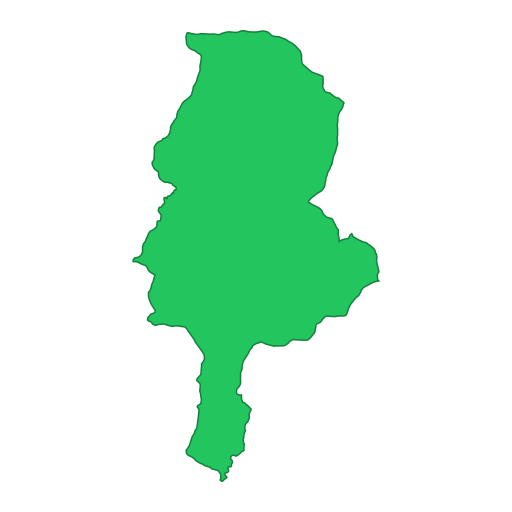 Matanza, Santander, Colombia (orthographic projection)
{"feature_id": "7082276B77365397936379", "entity_name": "Matanza", "entity_type": "district", "adm_level": 2, "iso_a3": "COL", "parent_name": "Colombia", "parent_adm1": "Santander", "projection": "orthographic", "projection_center": [-73.058, 7.329], "detail": "fine", "context": "isolated", "style": "filled", "palette": "green", "viewbox_px": 512, "rotation_deg": 0, "n_neighbors": 0, "source": "geoboundaries", "source_scale": "gbopen_adm2", "svg_char_len": 6051}
<svg xmlns="http://www.w3.org/2000/svg" viewBox="0 0 512 512"><path d="M378.7,280.9L377.9,280.3L377.3,276.7L377.4,274.6L377.8,273.5L378.6,272.6L378.9,271.5L376.6,261.5L376.8,256.0L376.3,254.1L375.3,252.3L374.9,250.2L373.7,248.5L370.6,245.8L367.9,244.1L366.0,242.5L363.9,242.2L361.8,241.5L360.8,240.7L358.7,240.0L353.2,236.7L352.8,236.3L352.3,234.6L351.7,233.7L349.9,235.2L348.8,237.8L348.2,238.5L343.5,239.4L339.7,240.8L339.2,241.3L339.0,237.8L338.1,234.3L338.5,230.4L338.1,229.5L337.3,228.8L336.0,226.5L332.7,219.7L331.7,218.5L327.5,217.5L325.7,216.6L324.9,215.5L323.1,213.8L321.9,210.7L319.5,208.2L311.3,204.0L310.2,203.0L308.7,202.4L308.4,201.8L308.7,200.9L311.2,198.1L317.4,193.2L320.7,191.4L322.4,189.8L324.2,187.3L324.9,185.0L325.1,183.0L325.8,180.1L326.0,177.6L327.0,175.5L327.3,173.7L328.3,171.4L329.6,169.4L330.2,167.5L332.0,163.9L333.4,156.5L335.5,151.7L336.3,148.3L337.4,144.8L337.6,142.7L337.1,138.3L337.6,135.0L337.6,128.0L337.3,126.4L337.3,124.5L337.7,122.1L337.9,116.6L338.7,113.8L339.8,111.9L339.8,111.3L341.6,109.4L342.9,106.6L343.3,103.9L344.0,103.0L343.9,102.7L342.6,101.4L341.0,100.4L339.1,98.4L335.3,97.3L329.8,93.0L326.2,92.2L324.5,90.9L324.1,89.8L322.9,87.6L322.7,86.7L322.7,85.2L323.2,83.7L323.0,76.8L322.1,75.9L312.5,72.4L308.8,69.6L302.7,64.2L302.0,63.1L301.6,60.1L301.5,54.6L300.5,52.2L300.3,51.0L298.8,49.8L297.1,47.6L294.9,45.4L291.9,43.1L288.8,41.5L285.4,39.2L282.7,38.3L279.1,36.7L275.1,36.5L272.4,35.9L271.1,35.1L270.6,34.4L268.5,32.6L266.8,31.6L263.9,31.1L261.7,31.1L256.6,32.0L252.4,32.0L248.5,31.8L244.5,30.8L243.0,30.7L240.8,31.0L237.7,32.3L234.8,32.4L228.9,31.8L225.6,32.3L221.3,33.6L219.1,34.7L213.6,34.0L208.5,34.1L203.4,33.7L201.3,33.7L197.5,34.4L196.0,34.3L191.2,33.5L189.1,32.9L187.3,32.8L187.0,33.1L186.5,34.4L185.9,38.4L186.2,39.3L186.6,43.8L187.2,45.2L188.4,46.9L190.0,48.6L193.6,50.3L194.9,50.6L197.3,52.7L199.7,54.1L201.4,55.9L201.2,59.3L199.9,66.5L200.1,68.9L199.9,71.0L197.8,76.5L196.6,81.1L195.3,83.8L193.4,86.6L193.0,89.5L191.3,95.2L187.4,99.1L184.9,100.6L183.5,101.9L181.7,104.3L181.5,105.2L180.8,106.2L180.5,107.1L177.7,111.5L176.8,115.3L176.9,116.6L176.5,117.7L174.0,120.9L171.0,125.9L170.5,127.7L170.5,129.7L169.8,132.6L168.3,135.6L165.5,137.9L162.8,138.7L162.3,139.9L161.3,140.8L158.1,142.0L156.2,143.9L154.4,146.6L154.1,148.2L154.4,150.3L154.1,158.5L153.9,159.6L152.0,162.9L152.6,165.4L154.1,168.4L155.4,169.8L158.3,171.7L158.7,175.9L159.6,178.4L161.2,179.9L164.1,182.0L165.8,182.3L168.2,182.3L169.4,183.1L170.9,183.0L171.6,183.2L172.9,185.2L176.1,187.4L176.1,189.5L175.7,189.9L174.5,190.1L174.1,191.0L173.6,191.3L173.6,193.0L172.5,192.8L170.1,195.9L168.4,196.0L167.7,196.3L167.2,197.1L166.9,198.6L166.5,198.6L165.5,197.4L164.9,197.5L164.1,197.9L163.9,198.9L164.6,202.6L164.2,203.5L162.6,205.0L161.1,207.2L159.4,207.3L159.2,207.5L158.3,210.1L158.4,211.1L161.2,215.1L160.6,220.2L159.6,220.9L157.5,221.1L157.1,222.2L156.9,225.6L156.0,227.5L152.7,230.0L151.1,230.7L149.8,231.7L148.5,233.5L148.1,234.9L146.7,237.8L145.6,240.7L145.0,241.9L143.6,243.6L143.1,244.9L142.6,246.9L142.5,252.1L141.2,254.9L139.9,256.2L139.0,256.9L137.6,257.4L134.7,257.9L133.2,259.8L133.1,261.5L133.5,261.8L135.6,261.6L137.3,261.9L141.6,264.1L145.2,265.4L146.6,266.6L147.4,267.7L148.1,269.9L149.1,271.1L150.5,272.4L153.2,273.9L154.9,275.1L152.8,282.4L151.7,284.5L151.3,286.7L150.5,289.4L149.8,291.1L149.2,291.8L148.6,292.0L148.4,294.4L148.5,296.8L150.0,301.3L151.5,304.6L155.2,310.5L155.2,311.5L155.1,312.0L154.3,312.9L151.0,314.0L149.2,316.3L148.3,317.0L147.7,318.2L147.6,319.9L147.8,320.4L148.5,321.0L150.8,321.8L151.5,322.4L152.4,323.8L153.1,324.3L154.3,324.5L155.1,325.5L158.3,324.5L163.7,324.0L164.5,324.1L166.4,324.9L172.1,326.4L173.0,326.4L175.0,325.9L177.4,325.9L184.6,326.9L185.2,327.2L187.0,329.1L187.8,330.7L192.0,336.4L193.8,339.0L195.6,342.5L202.0,351.3L203.8,354.2L204.3,355.6L204.4,359.0L204.1,359.9L203.1,361.8L201.5,363.9L201.6,365.0L200.9,374.2L199.9,375.6L197.8,377.9L197.0,379.0L196.8,380.1L197.1,380.9L199.1,382.7L200.2,384.4L200.2,387.6L200.0,388.4L199.8,391.5L200.6,393.7L200.7,396.1L201.2,398.0L201.3,400.4L200.8,403.5L200.3,404.1L197.8,405.5L197.2,406.4L197.5,407.4L198.6,408.6L199.2,411.0L198.8,412.1L198.4,416.7L196.8,428.2L194.9,431.0L194.4,433.2L192.0,437.1L189.5,445.3L188.2,447.5L186.2,450.3L186.3,452.5L186.7,453.6L187.4,454.6L188.6,455.5L191.3,456.6L194.2,458.7L196.1,460.8L200.6,463.5L202.5,464.0L203.6,465.0L205.8,466.0L209.5,467.1L211.9,468.9L217.8,470.4L219.6,472.6L220.8,474.5L220.8,478.6L220.1,480.0L220.6,480.5L222.0,481.3L222.5,481.2L224.6,479.2L226.6,477.9L226.9,477.4L226.7,476.8L225.1,475.2L224.9,473.7L225.5,472.9L227.4,472.5L228.3,471.7L228.6,471.1L228.6,469.9L228.0,468.6L228.0,467.3L228.4,466.9L230.7,466.8L231.5,466.1L231.5,464.2L232.4,462.7L232.3,460.9L231.9,460.2L230.7,459.4L230.8,457.0L231.1,456.3L232.4,455.3L235.0,455.4L235.7,456.1L236.5,456.0L236.7,455.6L238.0,455.0L239.9,453.6L241.5,451.8L243.7,450.6L244.1,450.0L243.8,448.2L244.3,443.9L243.5,442.6L243.1,439.5L243.7,438.0L244.0,434.0L245.4,430.7L245.4,430.1L244.8,428.8L244.9,426.1L245.6,424.2L248.0,421.3L249.3,418.0L249.4,416.6L249.1,415.6L249.1,414.4L250.3,411.1L251.0,410.0L251.0,408.9L247.3,405.2L246.4,404.6L244.4,402.7L243.0,402.3L242.6,402.0L241.5,399.0L241.5,395.0L238.9,394.9L237.0,394.1L236.5,392.9L236.6,389.9L237.0,389.0L239.4,386.1L240.5,383.8L240.6,380.3L240.4,377.8L240.6,376.4L240.5,373.1L242.0,369.3L242.1,365.9L242.8,362.7L243.7,360.5L248.2,353.6L250.0,349.8L252.1,347.5L252.6,345.7L256.0,343.7L261.4,341.9L265.7,344.0L274.1,346.2L275.5,345.9L282.8,345.9L284.5,345.6L286.7,344.3L288.0,343.4L290.0,341.2L293.0,339.6L302.6,340.2L305.1,340.2L308.0,339.9L310.8,337.4L314.8,332.2L315.8,326.8L315.9,325.3L316.2,324.5L317.4,323.6L320.3,322.3L322.8,319.0L325.3,316.6L326.9,316.0L329.2,316.3L334.6,316.6L338.4,316.0L343.7,316.0L345.5,315.5L346.1,314.9L346.8,313.7L349.1,307.2L349.1,307.4L350.5,304.5L355.0,298.7L356.6,297.1L357.6,296.6L358.8,295.3L360.7,292.1L361.3,290.2L363.0,288.0L365.6,286.2L366.8,285.8L372.1,282.8L375.4,281.6L378.7,280.9Z" fill="#22c55e" stroke="#15803d" stroke-width="1.5"/></svg>